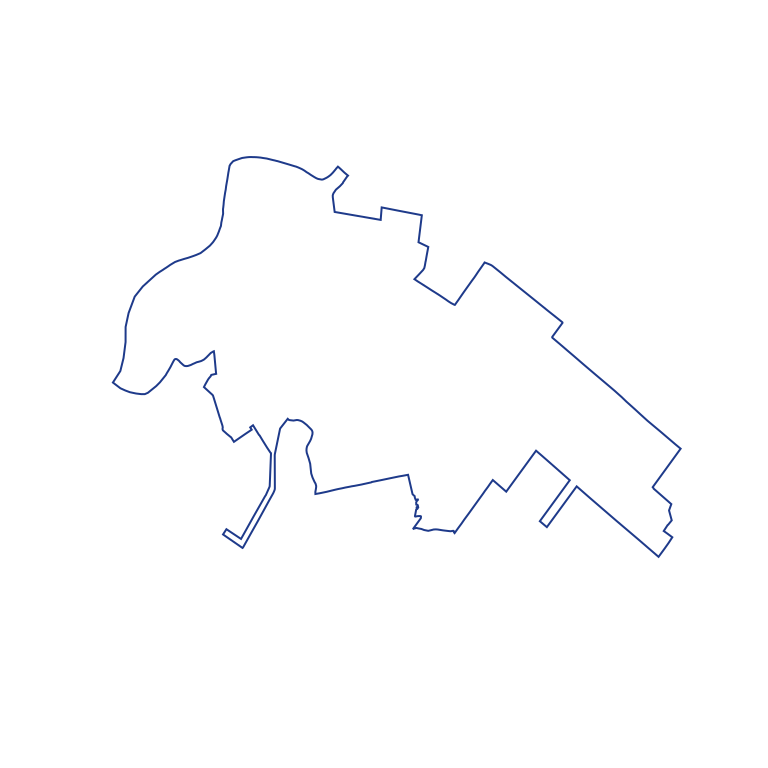 Vladeni, Ialomita, Romania, rotated 248°
{"feature_id": "2599482B22969685328670", "entity_name": "Vladeni", "entity_type": "district", "adm_level": 2, "iso_a3": "ROU", "parent_name": "Romania", "parent_adm1": "Ialomita", "projection": "natural_earth1", "projection_center": [27.826, 44.617], "detail": "fine", "context": "isolated", "style": "outline", "palette": "blue", "viewbox_px": 768, "rotation_deg": 248, "n_neighbors": 0, "source": "geoboundaries", "source_scale": "gbopen_adm2", "svg_char_len": 6118}
<svg xmlns="http://www.w3.org/2000/svg" viewBox="0 0 768 768"><g transform="rotate(248 384 384)"><path d="M120.9,573.8L126.4,582.7L130.2,588.6L133.9,593.9L139.3,590.6L142.9,588.3L147.0,594.2L147.0,594.6L149.8,599.7L159.9,600.9L160.2,601.1L164.9,605.3L165.0,605.4L186.0,594.8L186.9,594.8L187.7,594.5L212.9,634.8L219.4,631.3L236.5,622.4L251.1,614.6L260.2,610.2L265.7,607.6L276.7,602.2L283.0,599.4L286.2,597.8L291.3,595.3L295.9,592.9L313.9,583.4L327.3,576.4L339.0,570.4L345.3,567.1L356.3,561.4L363.7,557.5L364.1,557.4L364.7,557.7L373.8,572.4L374.1,572.5L374.4,572.5L377.1,571.0L390.7,563.3L406.2,554.7L437.5,537.2L444.2,533.6L452.6,528.9L453.8,528.1L454.6,527.4L456.1,525.9L459.0,522.8L458.2,521.7L452.7,513.2L450.7,510.3L448.9,507.6L446.7,504.0L439.3,492.4L436.8,488.6L433.9,484.2L432.0,481.2L430.8,479.4L430.9,479.1L433.8,476.6L436.6,474.6L439.0,473.1L445.5,468.7L450.8,464.9L452.7,463.5L457.7,460.0L466.5,453.7L469.8,451.5L472.7,457.9L475.1,463.0L476.2,464.5L476.4,464.8L478.7,466.4L481.8,468.3L482.3,468.7L487.6,472.0L494.5,476.4L502.5,469.1L526.3,482.3L527.9,479.9L539.4,462.1L548.6,448.0L537.4,442.4L562.0,402.7L576.4,406.5L578.2,407.2L579.7,408.5L582.2,412.2L583.9,417.2L585.7,421.1L586.2,421.5L586.3,421.6L590.1,427.4L590.7,428.7L593.1,427.4L595.0,426.4L599.4,424.4L601.9,423.2L602.8,422.7L602.2,421.5L601.8,420.6L601.4,420.0L600.9,419.1L599.4,416.3L599.0,415.5L597.8,412.7L597.2,410.5L596.9,409.1L596.7,407.6L596.5,404.6L596.6,403.7L596.8,402.9L597.0,402.6L598.5,400.2L599.0,399.5L599.5,399.0L600.0,398.5L600.7,397.9L602.0,396.9L605.4,394.4L607.7,392.9L608.6,392.2L609.5,391.5L610.5,390.9L611.6,390.2L613.6,388.7L614.5,387.9L616.9,385.6L618.5,383.9L619.4,382.7L623.2,378.0L630.5,368.8L631.1,367.9L632.0,366.7L632.5,366.0L633.1,365.1L637.0,359.7L638.8,356.6L640.1,354.5L641.4,352.0L642.2,350.4L644.4,345.3L645.1,343.4L645.7,341.3L646.7,337.2L646.8,336.0L647.0,332.2L647.1,330.1L647.1,327.8L646.9,327.2L646.4,326.2L645.6,324.5L645.1,323.7L644.7,323.3L644.2,322.6L643.1,321.9L641.5,320.9L639.4,319.6L638.5,319.0L636.3,317.7L632.6,315.5L631.3,314.7L630.2,314.0L626.5,311.7L623.6,310.1L620.8,308.3L615.9,305.4L613.5,304.0L610.7,302.6L607.9,301.1L606.9,300.5L606.1,300.1L602.1,298.6L598.0,295.9L596.3,294.8L594.7,293.7L591.6,292.0L589.5,290.0L587.2,288.0L586.4,287.2L584.1,285.0L582.7,283.3L581.2,281.1L580.0,279.3L579.4,278.3L577.5,274.4L575.7,268.7L574.1,262.9L574.0,258.3L574.1,254.8L574.4,249.5L574.8,245.9L575.2,240.9L575.3,240.2L575.4,235.9L574.5,230.3L574.0,228.2L573.4,225.4L573.1,223.7L572.7,221.9L572.3,219.8L572.0,218.1L571.3,215.1L570.9,213.4L564.8,196.9L558.4,185.6L545.5,173.8L533.7,165.8L519.7,160.1L505.6,152.2L494.8,144.4L486.9,133.2L478.8,138.0L474.9,141.7L471.6,145.3L468.1,150.5L465.6,155.0L464.2,158.5L464.3,161.8L467.4,172.0L469.5,176.9L474.0,185.0L475.1,186.3L476.0,187.5L477.1,189.0L478.2,190.4L479.5,192.1L480.8,193.6L483.4,196.6L484.9,198.5L485.2,199.0L485.3,199.6L485.2,200.2L485.0,200.7L484.5,201.3L483.4,202.0L482.1,202.7L480.5,203.2L477.0,204.9L476.1,205.4L475.5,205.9L475.1,206.5L474.6,207.5L474.2,208.9L474.1,210.3L474.0,212.0L474.2,214.6L474.2,216.1L474.3,217.5L474.3,218.8L474.1,220.0L473.8,222.9L473.9,224.5L474.1,226.2L474.5,227.4L475.2,229.4L475.8,230.7L476.3,231.9L477.2,233.9L477.7,235.1L477.9,236.6L478.1,237.8L478.1,238.5L474.5,237.6L457.2,232.4L456.3,232.2L457.1,227.4L457.0,227.1L456.9,226.9L456.3,226.4L456.0,226.0L455.1,224.2L454.3,222.9L453.8,222.2L450.6,218.2L448.6,215.9L439.6,220.2L439.1,220.5L438.7,220.6L437.9,221.0L437.5,221.1L437.1,221.1L433.3,220.8L414.7,219.2L413.2,219.2L412.8,219.1L406.0,218.6L404.9,218.4L404.5,218.3L404.1,218.2L403.1,217.6L402.6,217.4L402.1,217.3L401.7,217.3L401.4,217.3L400.9,217.5L397.7,219.1L397.0,219.4L392.4,221.9L391.8,222.3L391.4,222.4L390.5,222.5L386.6,223.2L389.6,236.6L391.2,244.2L393.9,243.7L394.8,247.1L383.7,249.0L382.9,249.4L377.2,250.3L368.6,251.8L362.8,253.0L362.2,253.3L361.7,253.1L339.7,243.2L332.0,239.7L331.2,239.0L325.2,232.8L324.5,231.7L310.0,213.4L300.8,202.0L293.9,193.4L308.4,183.5L304.8,178.4L302.5,179.9L285.0,191.4L285.2,192.0L295.7,205.1L304.4,216.0L318.8,233.6L324.1,240.2L325.5,241.7L327.0,243.1L328.1,243.7L330.6,244.7L358.4,255.8L359.1,256.1L360.0,256.6L363.3,258.8L381.2,270.7L381.6,271.0L381.8,271.3L387.8,281.7L386.4,282.3L385.8,283.1L384.7,285.1L384.0,286.4L383.3,289.6L382.8,290.7L381.3,292.7L380.0,294.0L378.7,294.9L375.0,297.0L369.1,299.5L367.9,299.8L366.9,299.8L365.9,299.6L364.2,298.8L360.5,295.9L358.8,294.1L355.3,289.6L354.5,288.9L353.1,288.0L351.4,287.2L349.1,286.6L343.5,286.3L337.8,285.7L328.3,283.0L324.1,282.7L319.4,282.9L317.3,283.2L315.4,283.0L314.8,282.9L313.7,282.4L312.3,281.6L309.6,279.9L307.7,279.2L306.8,283.4L306.4,285.6L305.5,290.6L304.8,295.5L304.2,299.6L303.7,302.6L303.0,306.2L302.5,309.3L301.7,313.3L301.4,314.8L301.3,315.5L300.6,318.5L299.2,325.6L298.9,327.5L297.6,335.1L297.6,335.8L297.7,336.0L297.1,339.1L295.8,346.1L294.4,353.9L292.7,363.2L291.8,367.3L290.8,372.3L271.2,369.2L269.7,369.8L268.7,370.4L268.1,370.3L266.9,370.0L264.8,370.0L264.3,372.1L263.9,372.1L263.5,371.4L263.0,370.3L262.2,369.5L260.8,369.0L260.4,368.8L260.2,368.8L259.9,368.8L259.7,369.1L259.5,369.6L259.3,369.8L259.2,369.8L258.9,369.9L256.7,369.5L256.6,369.4L256.8,369.2L257.1,369.1L257.4,369.0L257.5,368.9L257.6,368.7L257.6,368.3L257.5,368.1L257.3,368.0L256.9,367.8L256.6,367.8L256.1,367.8L255.7,367.8L255.7,367.7L255.6,367.0L255.5,366.8L249.9,363.2L249.6,363.2L249.4,363.3L249.3,363.6L248.9,365.6L248.4,367.1L247.8,368.4L247.6,368.6L247.4,368.6L247.1,368.6L245.7,367.8L238.6,356.4L238.7,358.0L238.3,360.3L238.0,360.7L237.4,361.5L235.7,364.2L235.0,365.0L233.6,366.5L231.3,370.0L230.9,372.5L230.5,375.5L230.0,377.0L229.7,377.8L228.9,379.4L226.3,383.7L225.4,385.3L223.2,389.3L222.5,390.7L222.2,392.1L222.0,393.0L221.8,393.4L221.4,393.6L220.6,393.3L219.9,393.4L219.3,393.6L222.5,398.6L225.5,403.5L228.2,407.6L232.2,414.1L240.4,427.1L244.8,434.1L245.9,435.8L247.1,437.6L248.3,439.6L249.9,442.2L251.5,444.6L254.2,448.9L238.4,457.0L265.2,500.0L258.6,503.4L225.2,520.2L198.4,477.1L190.3,481.4L216.9,524.3L200.7,532.5L169.8,548.4L145.2,561.3L120.9,573.8Z" fill="none" stroke="#1e3a8a" stroke-width="2"/></g></svg>